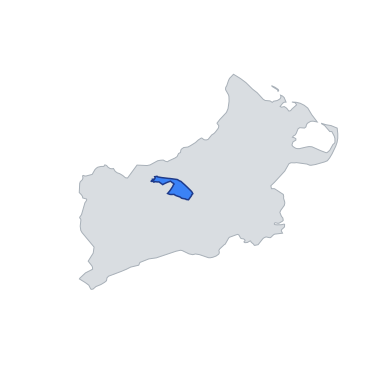 location of Babadayhan, Ahal, Turkmenistan, rotated 127°
{"feature_id": "10190150B42989304972975", "entity_name": "Babadayhan", "entity_type": "district", "adm_level": 2, "iso_a3": "TKM", "parent_name": "Turkmenistan", "parent_adm1": "Ahal", "projection": "albers", "projection_center": [60.205, 38.26], "detail": "fine", "context": "in_parent", "style": "filled", "palette": "blue", "viewbox_px": 384, "rotation_deg": 127, "n_neighbors": 0, "source": "geoboundaries", "source_scale": "gbopen_adm2", "svg_char_len": 4848}
<svg xmlns="http://www.w3.org/2000/svg" viewBox="0 0 384 384"><g transform="rotate(127 192 192)"><path d="M119.5,130.5L134.8,132.0L139.5,132.8L141.5,130.6L141.4,130.1L140.7,129.6L139.7,128.0L139.0,117.6L140.4,116.1L141.9,115.1L144.2,111.9L145.4,111.0L147.2,110.2L153.0,110.1L155.4,109.6L157.6,105.9L158.1,103.8L159.7,102.1L160.6,102.1L164.5,103.7L165.3,104.5L166.5,107.2L168.0,107.1L168.2,106.6L168.1,106.0L167.0,104.3L164.6,101.2L162.3,99.2L162.1,98.6L164.2,97.1L168.2,97.8L169.3,97.3L170.4,94.9L175.8,100.5L176.8,101.1L181.1,101.8L181.8,102.6L183.3,105.8L184.7,106.7L186.5,107.3L194.3,107.5L196.7,109.6L197.1,110.1L196.6,111.6L196.5,114.5L195.8,115.7L196.2,116.2L199.0,117.4L200.6,119.2L200.8,120.0L200.3,120.6L199.0,120.3L198.4,121.1L198.4,122.7L199.3,124.1L199.6,125.4L198.2,128.4L198.2,129.6L198.6,130.3L205.7,134.9L206.8,135.0L213.6,134.1L214.9,134.6L220.8,135.6L222.5,135.4L223.6,134.0L224.7,133.4L225.7,133.3L228.6,134.2L231.6,136.1L233.6,137.9L234.6,139.4L237.5,148.3L239.4,151.9L241.6,153.7L243.2,157.1L244.7,164.7L245.5,166.2L248.9,169.1L266.1,180.9L271.4,186.2L279.6,191.2L282.5,190.5L288.9,195.8L293.0,197.8L298.3,200.9L309.5,208.0L311.8,208.2L314.3,206.9L316.6,207.4L320.8,209.1L325.3,211.8L329.1,212.6L330.3,213.8L330.4,214.5L328.5,218.4L328.6,223.2L329.2,229.6L328.2,229.7L320.7,228.4L313.5,224.9L311.9,226.3L311.2,227.6L309.7,233.3L300.3,234.1L294.9,237.1L290.6,255.4L289.6,257.7L286.6,260.7L281.2,263.9L280.4,265.0L280.3,266.1L279.6,266.5L276.6,266.6L265.1,271.0L262.6,271.1L261.5,271.4L261.1,272.1L262.5,275.7L261.5,276.7L260.8,278.5L260.3,281.7L252.8,286.8L251.2,287.4L248.1,287.0L246.5,287.5L244.9,289.1L244.1,288.7L243.7,287.1L242.8,286.1L238.0,282.3L232.5,283.0L230.4,282.7L228.8,282.1L226.2,279.9L224.6,277.8L222.9,278.0L222.4,277.0L222.3,275.8L222.7,274.4L222.6,271.7L221.6,269.8L220.5,268.9L221.7,265.8L221.7,263.4L220.9,260.9L220.5,257.3L220.7,253.7L219.6,251.9L203.6,252.1L197.9,243.8L195.6,241.8L187.7,238.2L185.6,236.3L183.8,234.2L183.4,231.4L182.5,229.7L181.3,229.4L175.2,226.1L172.7,225.2L169.4,225.9L167.4,225.0L165.0,226.2L164.0,226.2L161.5,225.4L158.5,222.3L155.9,221.1L150.5,219.0L146.7,218.3L143.4,217.1L143.0,216.6L143.0,214.1L142.6,213.0L141.6,211.7L140.3,210.8L134.6,210.6L131.9,209.6L129.9,209.4L125.2,209.4L123.7,210.0L122.8,210.7L122.2,213.2L121.7,213.5L117.2,213.4L107.7,212.4L103.7,213.4L97.4,216.9L93.6,219.9L92.5,221.2L90.1,226.7L89.1,227.5L87.9,228.1L86.6,228.1L80.8,230.0L78.6,230.4L73.0,229.7L72.2,221.3L72.2,214.7L73.4,205.6L73.5,199.7L75.1,190.9L74.9,188.7L72.3,184.5L72.1,181.8L70.4,181.5L67.7,179.0L65.1,177.9L63.7,177.8L62.4,178.3L61.4,179.6L60.9,177.5L61.1,175.3L63.6,171.0L64.8,172.4L66.5,173.0L70.7,173.1L70.4,171.5L68.3,169.8L68.1,167.7L68.4,165.6L69.1,163.6L68.5,162.8L67.6,162.2L65.3,162.1L59.5,160.9L58.6,163.2L60.0,166.4L57.6,162.7L56.0,158.9L55.2,154.6L55.3,150.0L58.2,142.9L60.7,134.1L62.6,138.0L64.2,139.8L67.7,141.2L69.5,141.0L71.4,140.2L73.2,140.6L75.8,144.7L77.9,145.3L82.2,144.1L84.3,143.9L86.0,144.7L87.8,144.8L87.1,142.9L86.9,141.2L88.0,140.3L91.3,141.5L94.0,140.6L94.5,140.2L94.9,138.7L94.7,135.6L94.1,134.2L92.7,132.3L87.1,127.6L85.2,125.8L83.7,123.4L81.6,114.3L79.9,108.5L79.2,107.8L75.8,107.1L69.3,108.0L67.0,107.5L65.9,108.0L63.1,110.2L61.7,112.2L59.6,116.7L60.8,118.3L59.1,126.2L59.5,129.6L59.2,129.8L57.6,125.4L55.3,121.0L53.6,114.5L57.8,110.6L61.4,107.9L65.1,106.0L68.8,104.8L77.3,103.1L81.9,102.6L85.6,102.7L88.3,104.3L95.7,109.9L98.9,112.9L99.8,114.2L100.5,117.0L105.7,126.3L107.0,127.6L109.1,130.6L111.2,131.6L119.5,130.5ZM59.5,191.3L59.2,192.5L58.4,188.8L58.2,184.8L59.0,183.7L59.8,183.9L58.9,185.2L59.5,191.3Z" fill="#d9dde1" stroke="#a8b0b8" stroke-width="1"/><path d="M203.6,199.7L203.2,198.7L203.2,198.0L203.2,197.9L203.2,196.5L202.9,195.8L202.8,195.6L202.7,195.4L201.4,192.9L201.5,192.2L200.3,190.1L195.0,190.2L194.5,190.6L194.4,190.6L193.4,190.4L192.9,190.3L192.3,191.4L191.9,192.5L191.7,193.5L191.0,198.8L190.6,202.4L190.5,203.8L190.2,207.3L190.3,207.7L190.6,208.6L190.7,209.0L190.7,209.8L190.9,211.3L194.6,217.9L195.1,218.6L198.7,224.8L200.1,227.5L200.5,228.3L200.5,229.4L201.2,230.0L201.3,230.0L202.2,231.0L202.7,230.2L203.0,229.9L204.6,229.7L204.6,229.8L204.8,230.2L205.1,230.8L205.5,231.1L205.6,230.0L205.7,229.9L206.0,230.0L206.6,230.1L206.7,230.5L206.8,230.7L207.1,231.1L207.9,231.1L207.9,230.8L207.8,230.5L207.4,230.1L207.3,229.9L207.2,229.8L206.9,229.3L207.1,228.4L206.9,228.2L206.3,228.1L205.6,227.1L204.8,225.7L203.8,224.5L203.7,219.8L202.9,219.5L202.2,219.2L199.2,217.6L196.3,215.7L196.3,214.6L196.3,214.2L196.4,213.8L196.4,213.3L196.2,212.0L196.3,211.6L196.4,211.2L196.5,211.1L197.8,211.1L198.3,211.0L198.8,210.8L199.6,210.7L200.4,210.6L201.3,210.6L203.6,210.4L204.0,210.5L204.2,210.4L207.9,210.6L207.3,208.4L206.6,207.2L204.7,204.9L204.7,204.0L204.5,202.6L203.6,199.8L203.6,199.7Z" fill="#3b82f6" stroke="#1e3a8a" stroke-width="1.5"/></g></svg>